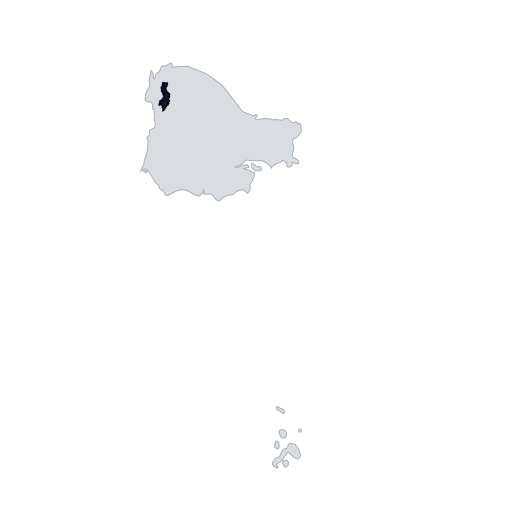 Shushufindi, Sucumbios, Ecuador (highlighted), rotated 252°
{"feature_id": "8360857B16712310561849", "entity_name": "Shushufindi", "entity_type": "district", "adm_level": 2, "iso_a3": "ECU", "parent_name": "Ecuador", "parent_adm1": "Sucumbios", "projection": "orthographic", "projection_center": [-76.553, -0.288], "detail": "fine", "context": "in_parent", "style": "filled", "palette": "ink", "viewbox_px": 512, "rotation_deg": 252, "n_neighbors": 0, "source": "geoboundaries", "source_scale": "gbopen_adm2", "svg_char_len": 7152}
<svg xmlns="http://www.w3.org/2000/svg" viewBox="0 0 512 512"><g transform="rotate(252 256 256)"><path d="M464.9,213.1L463.5,214.0L460.0,214.4L457.2,213.5L456.1,213.5L455.9,214.4L459.6,216.8L461.3,220.9L463.9,223.5L465.5,224.7L465.6,225.6L465.1,227.3L464.9,228.6L465.8,235.0L465.2,235.4L463.3,235.4L461.7,234.3L457.5,249.9L444.1,265.5L428.9,276.6L411.3,283.0L398.4,287.4L396.4,289.1L390.1,296.9L389.8,297.7L390.6,299.1L390.7,299.9L389.8,300.4L388.9,300.5L388.6,300.1L388.3,299.2L387.5,298.2L386.4,297.9L385.9,298.2L385.8,299.0L384.5,303.3L384.5,305.3L383.9,306.1L384.0,308.0L382.7,309.7L381.7,312.5L380.6,313.4L379.3,317.8L377.3,322.1L377.2,323.6L377.8,324.7L378.0,325.5L377.2,328.2L372.7,330.9L371.5,332.1L371.0,333.6L371.3,334.8L371.2,335.9L369.7,336.2L368.3,338.7L367.2,339.3L364.3,338.4L362.2,338.4L360.6,337.6L357.4,333.5L356.2,331.0L355.8,327.6L352.6,325.5L348.5,326.0L347.3,325.2L344.3,323.8L341.7,322.2L339.7,321.4L338.2,321.8L335.8,324.5L333.5,325.7L332.4,325.6L331.0,324.8L330.7,323.9L334.2,319.1L331.6,319.0L330.7,318.0L330.6,316.8L330.2,315.5L330.7,314.0L332.0,313.2L334.1,313.8L335.5,313.9L336.4,312.4L338.3,311.3L338.6,310.6L337.6,308.2L337.4,307.0L337.6,306.3L337.5,303.7L336.9,302.8L336.9,301.4L336.4,300.6L336.2,298.9L334.8,297.9L339.1,296.3L340.6,295.0L342.5,293.8L344.1,292.0L345.2,290.2L347.7,282.1L350.1,277.0L349.7,274.6L347.7,271.3L347.3,266.4L347.4,264.9L347.2,263.8L345.9,265.8L346.2,273.0L345.1,276.2L343.4,277.0L342.4,276.5L343.0,271.2L341.8,272.2L339.9,275.7L336.7,278.4L336.6,279.2L335.8,280.3L333.4,279.3L331.5,278.3L325.5,272.3L321.5,271.1L319.1,269.0L318.6,268.2L318.3,267.0L320.8,265.7L323.3,264.1L323.5,260.4L323.4,257.5L321.6,252.6L322.4,246.1L321.9,243.6L319.8,238.3L321.4,235.6L327.0,233.6L328.8,232.3L330.0,228.1L331.3,225.5L333.8,226.5L335.8,226.4L333.1,225.5L331.0,221.6L330.6,219.9L334.8,214.7L336.9,213.3L339.6,210.5L341.9,206.4L342.4,199.8L341.5,195.1L340.8,190.1L342.1,188.8L345.6,188.1L348.3,186.5L349.7,185.0L353.1,185.3L356.9,183.0L363.0,181.8L371.5,179.2L373.4,176.9L372.5,172.7L375.7,175.2L377.1,177.2L381.5,179.4L386.7,183.3L390.1,185.3L393.8,187.1L399.1,189.0L402.4,188.7L403.8,191.6L405.0,192.5L408.1,193.5L408.5,193.9L409.6,199.4L410.3,200.2L413.0,201.0L416.3,201.4L417.6,201.2L420.5,202.7L425.0,203.9L426.6,204.1L427.3,203.9L427.6,203.3L428.9,203.4L430.8,204.1L433.6,204.3L435.4,203.6L435.7,200.6L436.4,199.9L438.4,198.8L439.4,199.0L444.7,201.4L445.7,202.3L447.1,203.9L449.5,206.5L452.2,208.0L456.3,208.7L460.3,211.3L464.9,213.1ZM55.7,209.9L57.3,211.6L58.1,216.4L63.2,221.4L63.8,224.2L63.3,225.5L63.6,226.0L66.0,228.0L67.6,230.0L64.9,234.9L59.3,237.0L53.3,236.9L52.1,236.4L50.5,234.5L50.2,232.9L51.1,231.3L54.2,228.9L58.9,226.7L59.5,225.0L57.6,223.4L56.3,220.3L53.3,218.0L51.8,211.2L50.8,210.9L48.8,211.8L47.8,211.0L47.6,210.6L49.8,209.0L50.2,207.9L53.5,207.3L54.9,208.2L55.7,209.9ZM79.2,230.5L77.9,230.6L74.0,228.1L74.3,225.6L75.8,224.0L80.9,223.1L83.0,224.7L82.8,227.6L81.1,229.8L79.7,230.1L79.2,230.5ZM339.8,287.2L339.3,288.2L336.8,288.1L336.1,287.8L336.7,283.1L337.4,281.5L339.4,280.1L341.1,279.4L343.2,279.5L345.5,280.8L342.8,283.2L340.8,283.9L339.8,287.2ZM51.9,222.5L49.4,223.0L47.3,222.1L46.4,220.7L46.2,218.7L46.4,218.0L51.0,217.2L52.5,218.9L52.5,221.5L51.9,222.5ZM102.3,234.1L99.3,235.2L97.7,234.2L97.5,233.5L99.1,231.9L100.7,231.1L102.2,229.2L104.8,228.1L105.6,228.4L106.1,228.8L106.3,229.4L105.4,230.9L103.8,231.9L102.3,234.1ZM73.2,219.2L72.0,220.0L67.3,219.1L65.8,217.6L67.0,215.6L68.0,214.7L70.9,215.5L73.7,217.8L73.2,219.2ZM77.1,245.2L76.1,245.3L74.7,244.2L75.7,242.1L77.7,243.2L78.2,244.0L77.1,245.2ZM371.2,178.0L369.8,178.2L369.1,176.9L370.9,175.5L371.5,175.2L371.2,178.0Z" fill="#d9dde1" stroke="#a8b0b8" stroke-width="1"/><path d="M449.6,221.2L448.4,220.9L448.5,220.8L448.7,220.7L448.6,220.3L448.4,220.3L448.2,220.4L447.9,220.4L447.8,220.2L447.6,220.2L447.4,219.9L447.2,219.9L447.2,219.7L447.3,219.7L447.2,219.6L446.9,219.5L446.7,219.5L446.4,219.6L446.2,219.7L446.0,219.4L445.9,219.4L446.0,219.1L445.8,218.7L445.8,218.4L445.5,218.4L445.4,218.3L445.3,218.1L445.2,217.9L445.0,218.0L444.9,218.1L444.7,218.2L444.5,217.9L444.3,217.8L444.1,218.1L443.8,218.1L443.6,217.9L443.1,217.9L442.8,217.9L442.6,218.0L442.4,217.9L442.3,217.6L442.2,217.2L441.9,217.2L441.6,217.5L441.4,217.5L441.1,217.5L440.8,217.8L440.3,217.7L440.3,217.8L440.2,218.0L439.9,218.2L439.8,217.9L439.7,217.8L439.1,217.9L438.8,217.8L438.6,218.0L438.3,218.0L438.2,218.2L438.1,217.9L437.8,217.7L437.6,217.8L437.4,217.8L436.9,218.1L436.6,218.0L436.4,218.1L436.2,218.0L435.8,218.1L435.7,217.8L435.3,217.8L435.3,217.7L435.5,217.6L435.4,217.3L435.4,216.9L435.2,216.7L434.9,216.5L434.7,216.7L434.4,216.7L434.5,216.4L434.3,216.2L434.1,216.0L433.9,216.2L433.9,215.9L434.0,215.8L434.0,215.7L433.8,215.2L433.7,215.2L433.5,215.3L433.4,215.2L433.5,215.0L433.5,214.7L433.5,214.3L433.3,214.2L433.2,214.2L433.3,213.9L433.3,213.7L433.1,213.5L433.1,213.4L433.1,213.2L433.1,212.9L433.1,212.7L432.7,212.7L432.4,212.5L432.3,212.2L432.2,212.0L431.8,212.1L431.6,211.9L431.3,212.0L431.1,212.0L431.0,211.7L430.8,211.6L430.8,211.3L430.7,211.1L430.3,211.2L430.2,211.1L430.1,210.8L429.9,210.6L429.6,210.5L429.4,210.6L429.4,212.7L429.3,212.8L429.2,212.8L428.9,212.9L428.8,213.0L428.7,213.0L428.3,213.2L428.2,213.2L428.0,213.3L427.9,213.3L427.7,213.3L427.5,213.5L427.5,213.4L427.5,213.5L427.4,213.4L427.2,213.4L427.1,213.2L427.1,213.3L426.9,213.4L426.8,213.5L426.7,213.4L426.7,213.5L425.9,213.8L425.8,213.7L425.7,213.6L425.7,213.4L425.4,213.5L425.3,213.3L425.2,213.4L424.9,213.4L424.6,213.2L424.2,212.9L423.8,212.9L423.7,212.9L423.0,212.5L423.0,212.8L423.1,213.2L423.3,213.3L423.5,213.5L423.8,213.7L423.8,213.8L424.0,214.0L423.9,214.1L424.0,214.2L424.1,214.3L424.3,214.5L424.4,214.9L424.5,214.9L424.5,215.0L424.8,215.2L425.0,215.3L424.9,215.3L425.0,215.4L425.0,215.5L425.3,215.8L425.5,216.0L425.7,216.4L425.8,216.4L425.8,216.5L426.0,216.6L426.1,216.8L426.3,216.8L426.4,217.0L426.5,217.0L426.7,217.3L426.8,217.3L426.7,217.3L426.8,217.3L426.7,217.3L426.8,217.4L426.7,217.4L426.7,217.5L426.8,217.7L426.8,217.8L426.9,217.7L426.9,217.8L427.0,217.8L427.0,218.0L427.2,218.4L427.3,218.4L427.3,218.5L427.5,218.7L427.6,218.8L427.7,219.0L427.8,219.0L427.7,219.1L427.6,219.3L427.8,219.4L428.0,219.4L427.9,219.5L428.1,219.4L428.1,219.5L428.2,219.4L428.2,219.5L428.2,219.4L428.3,219.5L428.5,219.7L428.6,219.8L428.9,220.0L429.0,220.0L429.3,220.3L429.2,220.3L429.4,220.4L429.6,220.5L429.8,220.5L430.0,220.6L430.0,220.8L429.9,221.0L430.0,221.3L430.3,221.5L430.7,221.4L430.9,221.5L431.2,221.2L431.7,221.0L432.2,221.1L432.8,221.7L433.2,221.8L433.4,221.8L433.7,222.5L434.2,222.9L434.4,223.0L434.8,223.0L435.1,222.9L435.5,222.9L435.7,223.1L436.0,223.3L436.2,223.6L436.4,223.7L436.5,223.8L437.0,223.7L437.4,223.2L437.8,222.9L438.0,222.8L438.5,222.8L438.9,222.7L439.1,222.5L439.4,222.1L439.6,222.0L439.7,221.9L439.9,221.9L440.0,221.9L440.4,222.0L441.3,221.7L442.3,221.8L442.6,221.9L443.1,222.0L443.7,221.8L444.0,221.7L444.4,221.9L444.5,222.1L444.5,222.8L444.9,223.4L445.7,224.0L446.4,224.5L446.4,224.4L446.6,224.7L446.8,224.8L447.1,224.9L448.0,225.0L448.2,224.8L448.1,224.7L447.9,224.7L447.8,224.4L449.6,221.2Z" fill="#0f172a" stroke="#020617" stroke-width="1.5"/></g></svg>